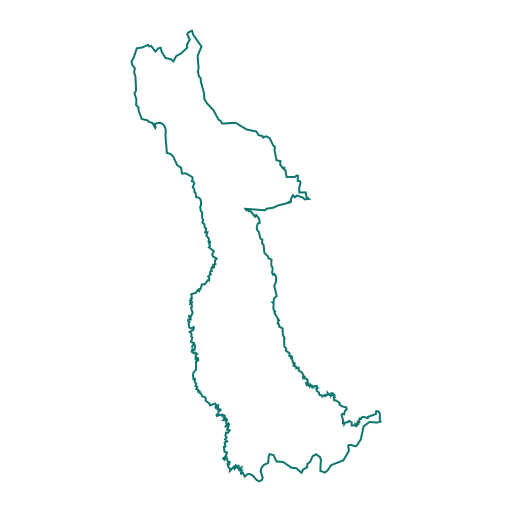 the district of Tauramena, Casanare, Colombia
{"feature_id": "7082276B3556955758097", "entity_name": "Tauramena", "entity_type": "district", "adm_level": 2, "iso_a3": "COL", "parent_name": "Colombia", "parent_adm1": "Casanare", "projection": "equal_earth", "projection_center": [-72.586, 4.743], "detail": "fine", "context": "isolated", "style": "outline", "palette": "teal", "viewbox_px": 512, "rotation_deg": 0, "n_neighbors": 0, "source": "geoboundaries", "source_scale": "gbopen_adm2", "svg_char_len": 6063}
<svg xmlns="http://www.w3.org/2000/svg" viewBox="0 0 512 512"><path d="M136.1,90.3L134.5,93.5L136.4,99.6L136.1,105.0L138.6,107.6L138.4,110.0L141.7,118.9L147.9,120.5L148.6,121.7L152.4,123.0L155.2,128.0L155.7,127.0L154.4,123.9L159.9,122.7L162.9,124.2L164.8,126.7L165.8,130.2L165.4,135.4L166.9,152.9L170.7,154.0L173.3,156.7L177.1,165.0L181.1,167.8L182.0,173.5L186.0,173.4L192.3,177.1L192.7,178.9L191.8,181.3L193.6,181.8L194.3,183.6L192.7,187.0L194.3,189.2L194.5,192.3L195.5,192.7L196.2,197.2L198.8,197.7L200.4,199.2L201.0,201.6L201.0,205.5L200.2,206.3L200.6,210.5L202.1,212.4L202.1,217.9L203.1,220.1L202.3,222.6L204.4,224.2L204.6,227.3L206.2,228.6L205.2,232.5L207.4,232.2L206.4,235.6L208.9,238.6L208.8,241.1L210.1,241.8L209.9,242.7L208.8,242.4L210.0,245.8L208.9,247.3L213.9,251.3L212.1,254.5L212.9,256.4L216.7,258.5L214.8,260.9L215.4,264.4L213.3,264.7L214.1,267.2L213.1,267.8L212.4,266.8L211.3,268.1L211.7,271.1L210.5,271.1L209.9,273.4L210.8,274.4L208.2,276.3L209.3,277.8L209.1,280.4L208.2,279.9L204.5,284.4L202.0,284.3L200.3,289.5L199.0,289.2L198.9,291.1L197.5,290.3L195.7,293.0L191.3,294.1L191.9,298.4L190.7,298.8L191.4,300.7L190.4,300.9L191.5,302.0L190.4,302.0L190.2,304.1L191.5,303.6L192.1,306.9L191.0,307.8L192.6,312.8L190.8,316.9L188.5,315.4L190.7,319.4L188.4,319.5L188.1,320.8L189.5,322.1L188.6,323.2L189.3,327.5L191.3,328.5L193.5,327.0L193.9,327.7L193.2,330.1L189.7,331.9L191.6,333.9L191.2,336.3L192.4,337.7L191.0,341.7L194.0,343.1L192.6,345.8L194.6,344.9L195.1,346.2L194.5,350.0L193.0,350.6L192.4,349.2L191.6,351.6L194.1,353.5L195.6,352.6L197.1,354.2L195.7,355.7L195.6,359.5L196.9,359.9L197.5,358.0L198.1,358.4L198.2,360.4L195.9,362.1L196.1,369.6L193.6,372.3L193.0,375.2L193.5,379.3L194.9,378.9L194.7,381.8L196.3,383.7L195.6,386.1L197.3,386.9L196.3,389.2L198.2,389.7L198.2,391.7L199.6,391.3L199.8,393.1L201.0,393.5L202.1,396.1L205.5,397.5L205.8,400.8L209.3,403.4L210.0,405.4L215.1,403.5L216.4,405.0L215.4,407.0L216.0,408.0L218.1,405.8L217.6,409.4L220.2,409.3L220.6,410.2L218.7,411.2L218.3,413.4L216.6,414.8L216.8,415.9L220.9,414.7L221.8,415.8L222.9,414.7L224.8,415.7L224.7,417.8L223.2,416.6L224.5,419.2L223.4,420.2L224.9,420.3L225.8,418.5L227.0,419.4L226.2,422.6L226.8,424.6L225.6,426.4L226.8,426.5L228.4,423.5L229.1,424.3L227.1,429.8L229.7,430.3L227.8,432.9L226.0,432.6L225.4,435.8L226.6,437.5L225.0,439.3L227.1,441.4L224.7,442.5L225.4,446.5L223.9,446.8L224.5,451.7L227.1,452.6L225.3,456.5L223.1,458.6L224.5,459.9L226.4,457.0L227.9,461.9L229.7,462.0L229.1,464.4L227.6,464.2L228.3,467.0L230.0,468.7L229.9,470.8L233.6,466.9L234.5,468.9L236.2,466.9L235.1,466.1L235.7,465.2L238.1,468.3L238.5,464.8L239.0,468.9L241.3,467.6L240.0,470.5L242.0,470.4L240.8,473.0L241.2,473.9L243.0,472.9L244.7,476.6L247.4,474.2L249.3,473.9L252.8,475.5L256.6,480.0L259.2,481.3L261.6,480.2L262.7,477.9L260.7,471.3L261.3,468.1L263.6,465.1L268.2,462.9L268.7,456.2L269.7,454.1L273.6,455.2L276.5,461.5L283.1,462.0L291.6,467.8L296.2,468.2L301.5,472.8L303.2,469.4L306.9,467.5L307.5,463.8L310.2,461.8L312.7,456.1L316.2,454.3L319.8,457.0L320.9,459.3L320.3,470.8L324.8,472.6L327.7,470.3L331.2,465.1L343.3,460.4L348.4,451.8L349.0,449.7L348.1,446.3L348.6,445.2L350.6,444.8L355.5,446.3L356.8,445.5L360.8,439.4L363.6,426.3L369.6,421.9L376.7,422.6L380.5,421.6L379.8,419.5L379.8,413.5L378.4,411.4L376.2,411.2L375.8,414.0L368.0,416.9L367.7,418.2L363.7,416.8L361.7,417.4L361.1,418.9L359.4,418.7L359.3,422.3L357.8,421.7L358.2,424.3L357.2,425.1L356.6,424.3L356.0,425.9L355.1,424.4L354.9,425.4L351.6,425.5L351.7,422.4L348.9,420.9L347.9,422.2L344.9,422.6L344.2,424.0L344.1,422.9L342.8,423.2L343.1,420.3L341.6,415.2L342.3,413.9L344.0,414.4L344.9,411.0L346.8,409.1L346.2,407.4L342.2,406.4L339.4,404.6L339.6,403.0L335.8,400.3L334.3,400.5L333.7,397.9L334.7,397.4L333.8,395.9L334.5,395.5L333.2,393.9L332.5,394.7L332.1,393.7L331.0,395.6L330.8,393.8L329.3,395.0L327.6,392.9L327.6,394.3L326.4,395.5L325.3,394.9L325.0,396.0L324.2,395.4L322.5,396.4L322.5,395.6L319.4,394.9L318.9,392.5L316.7,390.8L316.5,389.1L317.5,388.3L316.6,388.1L317.0,387.5L316.9,386.0L313.8,386.3L313.6,387.1L312.3,386.0L312.0,387.1L310.2,384.6L309.6,386.3L309.2,385.2L306.8,385.3L306.3,383.5L307.6,384.1L308.1,382.7L307.3,382.5L307.6,379.7L305.8,378.4L303.7,378.5L304.2,377.4L303.2,377.7L302.9,376.7L303.7,375.8L301.6,372.1L298.8,370.7L298.6,367.7L296.3,368.4L296.1,366.6L293.6,365.9L293.6,363.9L294.5,364.6L294.7,363.1L292.8,362.4L291.9,357.2L291.0,357.8L291.1,356.1L289.4,356.1L289.6,353.3L285.8,350.6L286.2,348.5L284.3,346.4L284.1,339.5L284.7,338.4L282.8,334.7L282.6,328.4L279.1,326.6L279.2,324.7L277.6,323.3L278.4,322.1L278.0,320.0L278.7,320.0L274.4,312.8L275.1,311.4L274.0,310.8L273.3,307.9L273.7,303.6L272.6,302.4L273.5,302.4L274.1,298.3L276.7,296.1L274.2,285.8L275.9,282.3L276.2,277.1L274.3,273.9L273.1,274.8L272.1,272.8L272.7,268.6L271.2,264.8L271.5,259.7L268.5,258.2L267.8,256.2L264.4,252.9L263.6,245.0L262.0,243.0L262.4,239.7L260.4,238.5L258.7,231.6L257.3,230.2L256.7,227.4L257.8,223.5L259.7,222.9L259.2,218.8L256.1,215.0L255.0,216.7L250.8,211.4L248.8,211.2L247.5,209.7L246.4,210.3L245.4,208.8L264.9,210.3L266.9,208.6L273.4,207.7L278.2,205.4L289.8,202.5L289.1,201.9L291.0,201.2L290.8,199.6L292.9,195.2L295.0,197.3L296.9,195.5L302.8,197.5L304.8,199.4L308.9,198.9L306.5,197.1L305.6,192.4L299.3,192.5L299.1,188.2L300.5,182.9L300.1,181.4L297.6,180.7L298.0,175.8L296.7,175.5L294.8,177.1L286.6,176.9L285.4,170.3L284.1,169.5L284.3,167.7L282.8,168.1L280.2,164.7L280.4,161.1L276.5,160.3L274.4,149.6L275.0,146.9L273.3,145.6L269.6,138.1L266.1,136.3L263.1,137.6L262.6,136.2L258.6,135.1L256.4,131.5L246.7,129.5L235.6,122.8L222.2,123.6L220.4,120.8L218.5,119.7L213.6,110.4L207.3,103.7L204.3,99.2L204.2,94.0L200.8,81.5L200.7,78.3L198.9,76.2L197.9,71.2L198.6,68.1L197.6,55.9L201.5,46.6L193.2,34.7L192.0,30.7L188.5,32.3L187.2,34.2L189.7,39.6L186.9,45.0L187.2,47.7L181.0,53.5L176.2,56.1L173.4,61.4L170.6,59.1L165.6,58.1L161.7,51.8L160.7,47.8L158.4,48.3L155.4,51.5L151.1,45.9L149.1,46.4L148.1,44.8L142.2,47.5L136.8,48.3L133.8,57.4L131.5,61.5L132.2,64.8L134.9,68.3L134.1,72.2L135.4,76.4L136.1,90.3Z" fill="none" stroke="#0f766e" stroke-width="2"/></svg>